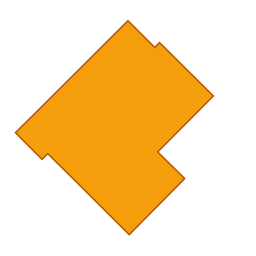 Grundy, Iowa, United States of America (Equal Earth projection), rotated 315°
{"feature_id": "52423323B59450534415384", "entity_name": "Grundy", "entity_type": "district", "adm_level": 2, "iso_a3": "USA", "parent_name": "United States of America", "parent_adm1": "Iowa", "projection": "equal_earth", "projection_center": [-92.822, 42.383], "detail": "fine", "context": "isolated", "style": "filled", "palette": "amber", "viewbox_px": 256, "rotation_deg": 315, "n_neighbors": 0, "source": "geoboundaries", "source_scale": "gbopen_adm2", "svg_char_len": 313}
<svg xmlns="http://www.w3.org/2000/svg" viewBox="0 0 256 256"><g transform="rotate(315 128 128)"><path d="M53.4,204.3L132.3,203.9L132.1,165.9L211.0,165.7L210.7,89.9L203.9,89.9L203.8,52.1L85.1,51.9L45.1,51.7L45.0,89.4L53.1,89.5L53.3,127.8L53.4,204.3Z" fill="#f59e0b" stroke="#b45309" stroke-width="1.5"/></g></svg>